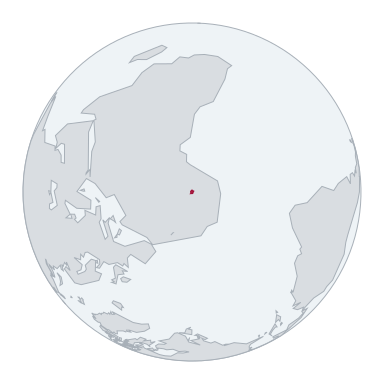 the Earth from above Kossi, rotated 221°
{"feature_id": "BFA-2802", "entity_name": "Kossi", "entity_type": "Province", "adm_level": 1, "iso_a3": "BFA", "parent_name": "Burkina Faso", "parent_adm1": "", "projection": "orthographic", "projection_center": [-3.893, 12.938], "detail": "fine", "context": "on_globe", "style": "filled", "palette": "rose", "viewbox_px": 384, "rotation_deg": 221, "n_neighbors": 0, "source": "natural_earth", "source_scale": "10m", "svg_char_len": 9070}
<svg xmlns="http://www.w3.org/2000/svg" viewBox="0 0 384 384"><g transform="rotate(221 192 192)"><circle cx="192" cy="192" r="169" fill="#eef3f6" stroke="#a8b0b8"/><path d="M146.3,29.4L145.3,29.7L129.2,36.2L132.4,35.2L128.3,37.8L130.4,37.8L126.8,39.5L131.6,38.1L134.5,36.6L137.6,35.6L139.1,35.6L134.8,37.6L133.4,37.9L132.9,38.5L130.1,39.6L132.4,39.1L126.9,41.9L134.5,39.3L132.0,41.6L127.8,43.5L125.5,43.0L109.8,48.0L104.9,50.7L100.2,54.3L97.4,61.2L93.1,64.6L89.3,69.4L92.9,67.3L97.2,63.0L103.1,60.9L107.6,56.3L110.7,55.0L116.5,51.0L118.6,52.0L117.5,55.4L112.8,59.0L112.2,60.8L119.1,58.1L112.7,66.1L112.5,74.0L110.5,76.3L102.3,78.9L96.1,76.6L85.4,81.9L95.4,79.2L90.2,85.9L90.6,87.6L92.7,87.9L95.8,85.7L94.7,88.5L84.4,91.7L85.3,89.2L88.5,88.1L85.6,87.3L78.6,90.4L76.6,94.1L68.3,96.5L66.7,99.3L64.0,101.7L67.1,96.9L61.4,105.9L51.3,113.1L43.4,129.9L47.9,115.6L47.5,112.9L46.3,111.7L44.9,114.3L45.3,110.4L42.2,114.2L36.2,126.7L32.2,137.6L32.3,140.3L34.6,135.2L36.0,135.7L30.1,150.1L31.7,155.3L28.8,166.8L28.6,173.8L30.6,173.7L32.3,178.2L35.2,172.4L39.2,170.5L37.5,180.1L41.1,172.3L42.3,178.0L51.2,181.1L50.1,183.0L57.3,197.4L67.9,205.5L70.4,213.2L68.8,217.3L73.1,219.6L73.2,222.4L92.6,230.8L104.5,239.8L105.5,249.7L98.1,259.5L97.6,281.5L86.0,286.1L87.2,294.5L85.3,305.1L77.8,302.1L84.2,309.1L83.6,311.8L79.8,310.7L82.9,314.9L80.3,313.9L84.7,317.5L86.2,321.4L92.4,326.4L94.9,329.5L99.0,332.4L97.9,331.8L98.2,332.3L100.1,333.6L94.2,329.7L86.1,323.5L83.4,321.0L81.8,319.9L75.6,313.1L76.0,314.0L65.7,301.9L60.2,292.5L46.4,262.0L42.9,254.9L36.4,244.9L28.1,217.8L28.3,208.9L27.4,203.5L30.6,191.8L31.1,178.3L30.3,175.7L28.7,179.7L27.3,168.9L28.6,158.2L30.5,142.2L34.5,130.8L39.3,119.8L44.8,109.1L51.1,98.8L58.0,89.0L65.7,79.7L74.0,71.0L82.9,63.0L92.4,55.5L102.4,48.8L112.8,42.8L123.6,37.5L134.8,33.0L146.3,29.4ZM40.7,135.4L42.8,146.9L39.3,146.0L40.4,144.8L40.4,140.6L39.5,135.9L37.1,136.0L40.7,135.4ZM46.8,127.7L46.3,126.5L47.1,127.0L46.8,127.7ZM114.9,50.7L115.6,50.9L114.2,51.5L114.9,50.7ZM116.7,49.0L114.5,49.7L115.0,49.0L116.4,48.6L116.7,49.0ZM119.4,48.3L116.2,47.7L117.2,46.5L123.3,44.0L119.4,48.3ZM134.8,36.2L131.8,37.7L132.9,36.5L134.8,36.2ZM134.7,35.6L133.7,34.1L138.9,32.1L138.2,32.9L143.8,30.6L146.8,30.3L144.4,31.5L140.5,32.8L144.6,31.8L134.7,35.6ZM138.9,35.1L138.2,34.8L142.7,33.0L144.8,33.3L142.7,33.7L138.9,35.1ZM143.7,30.4L147.4,29.3L150.9,28.6L152.8,28.2L147.3,30.2L143.7,30.4ZM142.5,34.2L145.8,33.5L145.1,34.4L139.9,35.3L142.5,34.2ZM142.9,32.5L145.1,31.7L144.6,32.2L142.9,32.5ZM144.5,38.1L143.6,37.4L145.8,36.4L144.5,38.1ZM147.1,33.2L147.3,32.9L148.1,32.5L150.1,32.3L147.1,33.2ZM150.2,29.7L150.8,29.8L152.6,28.9L155.2,28.7L151.1,30.1L154.0,29.4L154.8,29.3L150.5,30.6L150.2,29.7ZM154.5,31.0L150.2,33.3L151.3,34.5L149.4,35.4L147.8,33.3L154.5,31.0ZM152.5,30.6L153.3,31.0L150.5,31.8L148.2,32.0L152.5,30.6ZM158.6,28.1L155.5,28.0L156.5,27.7L158.6,28.1ZM155.4,31.2L156.4,30.7L155.8,31.2L155.4,31.2ZM158.2,28.8L157.0,28.7L158.2,28.4L158.2,28.8ZM159.5,29.8L158.1,30.5L156.5,30.5L159.5,29.8ZM159.4,29.2L161.3,28.8L156.8,30.2L158.6,29.2L159.4,29.2ZM159.5,28.5L159.8,28.3L159.9,28.5L159.5,28.5ZM166.3,29.4L161.0,31.2L157.5,31.2L163.2,29.4L166.3,29.4ZM106.0,337.2L95.6,330.8L100.6,333.9L99.3,332.7L106.5,336.9L106.0,337.2ZM104.2,334.1L105.5,333.9L107.2,334.8L106.6,335.2L104.2,334.1ZM347.4,125.6L347.1,125.1L349.2,131.1L353.7,150.6L357.2,166.4L357.5,174.8L350.5,154.6L345.0,140.2L344.0,142.8L335.6,132.8L325.5,136.9L322.7,133.5L321.1,136.2L315.0,134.0L310.2,128.5L307.1,130.0L319.5,144.4L322.6,143.0L323.4,135.6L326.4,141.2L332.1,145.0L330.6,161.7L313.3,181.0L309.4,169.4L284.9,140.7L284.4,136.9L284.2,136.6L283.7,135.9L283.8,142.1L278.8,136.5L294.3,156.9L297.8,166.3L313.1,181.8L312.2,184.0L316.5,186.8L327.4,178.9L327.9,183.0L324.1,203.3L307.1,233.0L308.1,249.3L304.7,263.8L291.4,275.5L289.8,286.0L282.5,290.9L280.2,296.9L272.8,304.0L261.4,311.2L245.0,313.4L246.1,308.3L241.2,298.8L235.3,274.2L241.8,261.6L241.2,252.3L229.1,232.1L231.9,219.9L228.1,215.1L220.7,216.9L216.0,211.2L211.3,211.4L180.0,217.1L169.2,209.5L153.2,185.7L157.9,176.0L156.5,164.8L187.1,126.4L196.2,128.1L223.1,121.4L227.0,122.4L226.5,130.9L249.0,139.1L253.0,131.4L270.6,134.8L280.5,132.9L279.2,116.9L262.9,119.5L257.3,112.6L268.3,104.1L282.1,102.7L280.4,100.0L269.4,95.3L270.2,89.8L265.3,93.4L269.0,95.7L266.0,98.2L262.4,96.3L262.8,94.3L258.0,93.8L257.1,104.3L260.8,107.9L249.6,111.4L254.7,117.9L252.4,121.5L243.0,112.1L242.2,108.3L226.5,99.3L226.4,103.5L241.1,112.5L237.6,112.1L237.5,118.7L234.8,113.4L218.7,103.2L207.0,107.0L196.1,124.0L188.5,125.9L180.2,123.3L180.2,107.2L197.3,104.7L197.5,99.8L190.6,93.3L196.4,93.4L195.7,90.7L201.9,89.8L207.2,82.8L212.9,81.6L211.8,73.8L214.5,72.3L214.4,77.2L217.4,80.3L231.3,78.2L233.0,76.3L231.1,71.6L235.2,72.0L231.6,67.8L238.0,65.2L227.2,65.1L224.7,60.4L226.8,56.5L224.0,55.2L220.7,61.7L221.1,64.4L224.5,66.7L223.9,75.2L219.8,77.1L213.1,68.8L206.6,70.9L204.3,64.2L214.8,49.4L220.9,46.5L237.8,50.2L238.2,53.0L232.4,52.8L240.8,56.8L238.7,54.6L242.0,55.2L240.5,51.5L242.8,51.8L237.4,48.1L240.1,48.0L243.4,50.4L243.5,45.7L248.1,45.2L247.0,44.1L244.5,43.0L252.1,43.5L250.9,42.7L248.0,42.2L243.8,40.4L239.3,37.6L242.2,37.9L244.2,38.9L252.7,41.9L257.6,45.1L258.3,45.0L254.8,42.3L244.4,38.6L240.9,36.9L245.8,38.2L243.7,37.6L242.9,36.9L244.7,36.6L239.3,35.0L226.2,28.6L228.5,28.0L234.3,29.5L228.1,27.1L230.2,27.4L242.0,30.6L253.5,34.6L264.7,39.5L275.5,45.1L285.9,51.5L295.8,58.7L305.1,66.5L313.9,75.0L322.0,84.1L329.5,93.7L336.2,103.9L342.2,114.5L347.4,125.6ZM179.7,145.6L179.6,148.9L179.5,149.0L179.7,145.6ZM299.1,109.6L305.9,108.5L298.9,99.9L301.0,98.9L297.8,96.6L298.4,99.3L290.1,92.9L291.7,89.6L288.8,86.0L286.4,86.2L284.9,93.5L296.7,102.4L296.8,106.6L299.1,109.6ZM51.6,181.1L52.4,183.4L50.8,182.9L51.6,181.1ZM37.7,149.6L38.7,150.5L38.8,152.4L37.8,152.3L37.7,149.6ZM49.0,155.9L50.7,157.5L48.4,157.4L49.0,155.9ZM43.4,148.5L47.6,154.9L43.2,156.0L40.8,152.1L43.1,152.5L43.4,148.5ZM43.9,132.7L44.3,133.8L43.4,135.4L43.9,132.7ZM47.4,128.1L47.1,128.1L47.4,126.5L47.4,128.1ZM90.8,85.7L91.6,85.6L93.1,86.4L91.4,87.2L90.8,85.7ZM106.4,84.8L104.2,89.2L104.5,86.3L101.6,87.9L98.6,84.2L109.4,77.4L105.0,80.9L106.4,84.8ZM97.6,78.0L98.3,80.7L97.1,78.0L97.6,78.0ZM185.8,78.5L189.0,79.8L188.2,82.9L180.9,85.8L181.9,81.2L185.8,78.5ZM193.6,81.0L189.0,72.8L193.4,71.1L191.7,73.3L195.0,73.0L193.3,76.7L201.9,83.7L201.8,87.1L188.4,89.8L192.9,86.8L189.5,85.5L193.6,81.0ZM169.6,59.0L167.6,56.7L179.6,55.9L180.0,58.3L172.8,61.0L168.0,59.8L169.6,59.0ZM130.6,44.6L129.1,44.6L130.3,43.9L132.6,43.3L130.6,44.6ZM143.9,37.8L138.5,44.2L136.5,44.4L135.7,48.5L130.1,50.7L130.8,47.9L126.0,53.0L124.3,51.4L121.6,55.0L123.7,48.4L122.0,47.6L126.0,47.6L131.2,45.4L132.9,44.2L136.6,40.4L135.6,38.0L140.6,35.9L144.3,35.1L145.3,35.3L141.8,36.5L145.7,36.0L141.3,38.0L143.9,37.8ZM185.8,33.2L181.2,33.4L188.3,34.9L184.0,35.9L185.1,36.1L183.0,37.6L182.4,39.8L180.1,40.1L180.9,40.9L179.5,42.1L179.8,43.3L175.7,44.5L175.7,46.2L173.7,45.8L174.8,48.5L172.1,47.1L170.2,48.9L173.8,49.3L150.8,54.9L143.3,59.2L138.4,63.8L134.5,61.3L136.5,55.8L141.8,49.6L149.6,46.2L146.4,46.0L149.2,44.4L150.6,45.2L150.1,43.0L152.8,42.0L157.5,38.0L155.2,36.1L156.9,34.8L159.1,35.1L159.2,33.7L164.6,33.4L165.9,32.6L172.5,31.8L176.0,33.2L177.3,32.2L182.3,31.9L185.8,33.2ZM168.2,29.2L173.4,30.1L173.6,31.3L162.1,32.2L160.1,33.0L152.7,34.2L152.6,32.6L154.7,32.3L156.8,31.8L156.0,32.5L158.1,31.5L161.1,31.2L163.6,30.5L164.6,30.9L168.2,29.2ZM229.7,118.9L232.3,118.9L236.1,118.1L236.1,122.5L229.7,118.9ZM218.6,112.0L220.8,111.2L222.7,116.5L220.0,116.6L218.6,112.0ZM220.4,106.6L220.8,110.8L218.9,108.6L220.4,106.6ZM216.3,76.4L218.4,75.6L219.2,76.6L218.8,78.4L216.3,76.4ZM205.8,39.7L203.2,39.2L203.4,38.7L199.5,36.6L202.4,35.9L205.9,36.9L205.8,39.7ZM277.4,120.0L275.5,123.5L273.5,122.3L274.6,121.3L277.4,120.0ZM255.6,123.1L261.3,124.4L255.5,124.3L255.6,123.1ZM208.3,38.6L206.4,37.8L209.0,38.0L208.3,38.6ZM204.3,35.4L207.2,35.4L202.3,35.6L204.3,35.4ZM298.7,323.0L297.1,324.3L296.1,325.0L298.7,323.0ZM324.5,256.5L311.0,283.0L305.7,284.5L306.8,277.7L313.2,262.1L320.1,256.2L324.1,248.6L324.5,256.5ZM357.6,167.8L359.4,176.3L359.2,178.7L357.6,167.8ZM230.3,34.8L232.5,38.2L236.0,40.9L241.0,42.5L234.9,42.0L229.5,37.8L230.3,34.8ZM226.4,29.1L222.0,28.2L223.2,28.1L224.4,28.3L226.4,29.1ZM224.3,29.0L220.2,29.1L217.3,28.3L221.1,28.3L224.3,29.0ZM214.5,33.0L214.9,33.9L212.8,33.6L214.5,33.0ZM217.6,25.1L213.7,24.4L219.1,25.3L217.6,25.1Z" fill="#d9dde1" stroke="#a8b0b8" stroke-width="1"/><path d="M191.8,190.3L191.8,190.5L191.7,190.6L191.8,190.7L192.0,190.7L192.2,190.8L192.3,190.8L192.5,191.0L192.9,191.2L193.0,191.3L193.2,191.6L193.2,191.8L193.2,192.0L193.2,192.3L193.3,192.4L193.3,192.6L193.2,192.6L193.1,192.8L193.0,193.0L193.0,193.3L192.9,193.3L192.7,193.2L192.3,193.2L192.2,193.2L191.9,193.2L191.8,193.3L191.7,193.4L191.7,193.5L191.4,193.6L191.3,193.3L191.2,193.2L191.2,192.9L191.2,192.7L191.1,192.4L191.0,192.2L191.0,191.9L190.9,191.8L190.8,191.6L190.7,191.5L190.7,191.4L190.8,191.3L191.0,191.3L191.0,191.2L191.3,190.9L191.4,190.7L191.5,190.6L191.8,190.5L191.8,190.4L191.7,190.4L191.8,190.3Z" fill="#f43f5e" stroke="#9f1239" stroke-width="1.5"/></g></svg>